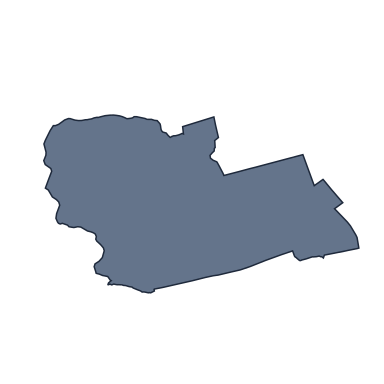 Ghioroc, Arad, Romania (Equal Earth projection), rotated 158°
{"feature_id": "2599482B24745533124468", "entity_name": "Ghioroc", "entity_type": "district", "adm_level": 2, "iso_a3": "ROU", "parent_name": "Romania", "parent_adm1": "Arad", "projection": "equal_earth", "projection_center": [21.586, 46.163], "detail": "fine", "context": "isolated", "style": "filled", "palette": "slate", "viewbox_px": 384, "rotation_deg": 158, "n_neighbors": 0, "source": "geoboundaries", "source_scale": "gbopen_adm2", "svg_char_len": 2980}
<svg xmlns="http://www.w3.org/2000/svg" viewBox="0 0 384 384"><g transform="rotate(158 192 192)"><path d="M94.9,81.6L93.6,83.1L92.9,83.9L71.6,79.8L69.7,79.5L60.2,77.7L58.3,77.5L56.0,88.0L56.1,89.4L56.2,90.9L57.8,101.2L59.2,105.9L66.1,123.1L56.2,125.6L58.2,131.4L61.7,141.7L65.7,154.4L65.8,154.6L76.3,152.1L75.9,164.0L75.8,167.4L75.2,185.1L124.0,191.2L129.7,192.0L141.2,193.4L155.8,195.3L156.0,195.3L156.3,195.4L156.2,196.2L156.3,198.2L156.5,200.1L157.0,205.3L157.6,210.4L158.0,211.0L160.5,213.5L161.4,215.1L162.2,216.3L161.6,219.2L158.6,220.7L156.1,221.7L154.9,224.1L154.3,224.4L153.9,224.5L151.9,230.4L151.7,231.2L147.1,232.6L145.1,245.3L143.6,253.4L176.2,256.1L178.2,249.0L179.3,250.0L180.9,249.9L182.8,249.9L186.0,250.3L188.4,251.1L189.7,250.9L190.0,251.1L190.7,250.9L191.8,250.8L193.0,253.4L193.8,256.3L196.7,258.6L197.1,259.6L197.3,261.3L196.8,263.6L196.4,265.0L196.1,267.0L196.6,268.6L197.3,270.5L197.5,271.2L200.1,272.6L202.3,274.5L203.5,275.0L205.3,275.7L206.6,276.3L207.9,277.7L215.2,282.6L217.4,283.5L217.9,283.4L219.2,283.0L219.9,283.1L220.7,283.2L224.2,284.1L225.2,284.6L226.1,285.7L228.2,287.8L230.6,289.7L233.1,291.2L235.9,292.7L239.4,294.0L243.9,295.3L248.0,295.9L251.4,296.3L251.9,296.8L255.1,297.4L257.7,297.4L260.4,298.0L262.1,298.3L263.7,298.9L267.4,299.6L270.4,300.7L273.6,302.5L277.5,305.7L279.1,306.4L283.1,306.5L285.4,305.9L290.3,304.7L293.8,304.7L295.7,305.5L300.6,302.0L308.6,294.9L311.3,292.0L312.4,283.6L313.7,280.8L317.7,276.6L317.8,272.4L314.1,266.7L314.3,263.8L320.7,256.9L326.5,250.5L324.5,247.7L323.3,239.7L320.6,235.8L319.3,232.7L319.6,229.3L325.6,222.7L328.0,218.6L327.9,214.6L327.5,213.0L326.2,211.7L323.9,211.5L319.8,207.9L319.1,205.9L316.2,204.1L314.8,203.3L310.9,202.6L308.2,201.1L306.2,198.5L303.5,195.0L300.6,192.9L298.6,191.0L297.4,189.2L297.4,186.5L298.9,184.3L298.7,182.2L296.4,177.3L295.1,173.4L295.4,170.4L299.7,164.8L304.1,162.6L308.8,161.7L310.7,159.4L311.0,155.2L311.3,152.5L308.6,150.5L306.2,148.1L304.0,146.7L301.8,145.2L301.2,142.7L300.9,141.1L300.1,140.1L301.9,139.5L303.4,139.0L303.9,138.5L304.3,138.0L304.6,137.6L304.5,137.4L303.6,137.3L302.6,137.3L301.8,136.5L301.3,136.0L300.7,135.9L299.4,136.0L299.0,135.9L298.5,135.6L297.8,135.1L297.2,134.7L296.2,134.1L295.1,133.7L294.0,133.2L292.9,132.7L291.7,132.2L291.0,131.5L290.4,131.0L289.3,130.5L288.4,130.0L285.7,127.8L284.5,127.1L283.3,126.4L282.5,125.0L279.1,121.7L276.9,119.7L276.1,118.6L275.9,118.1L275.2,117.7L274.8,117.7L274.6,117.6L273.2,116.9L270.9,115.3L269.8,114.7L269.4,114.8L268.1,114.0L267.7,114.0L264.0,114.3L263.6,116.0L263.3,116.1L254.5,114.4L245.8,113.0L224.9,109.6L211.8,107.8L203.7,106.4L200.9,105.7L199.0,105.2L185.8,103.2L176.5,101.7L165.9,101.1L149.2,101.0L132.6,100.4L120.8,99.7L120.9,96.4L121.0,94.3L120.7,93.1L120.1,92.4L119.3,90.7L118.0,88.3L117.5,87.9L117.0,87.7L115.8,87.8L113.4,87.5L111.0,87.2L104.6,86.8L104.2,86.5L100.8,85.4L98.3,85.0L98.0,84.9L97.0,83.8L96.4,83.6L95.9,83.3L94.9,81.6Z" fill="#64748b" stroke="#1e293b" stroke-width="1.5"/></g></svg>